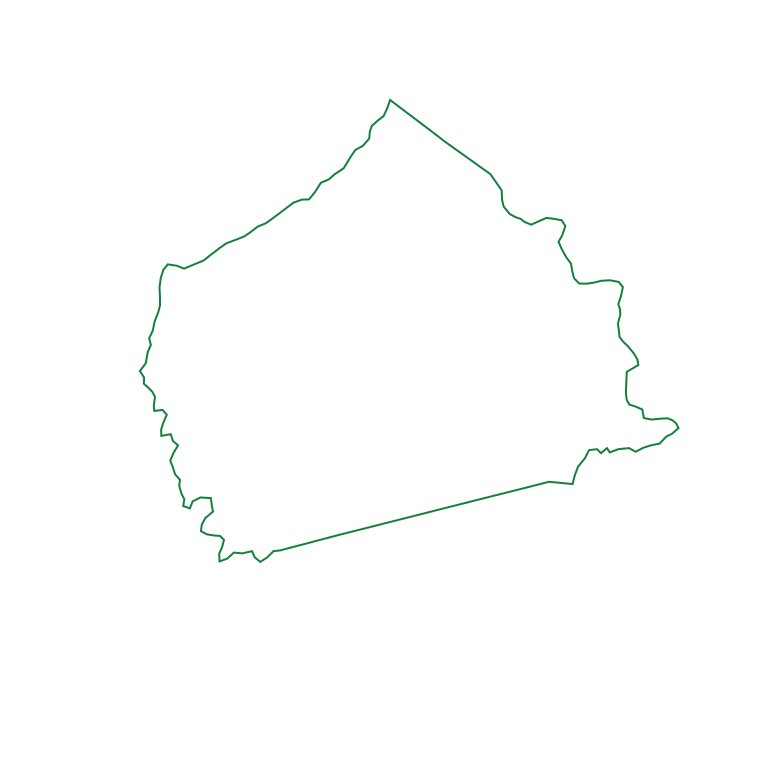 Ibiassucê, Bahia, Brazil, rotated 226°
{"feature_id": "56859067B49243330043485", "entity_name": "Ibiassucê", "entity_type": "district", "adm_level": 2, "iso_a3": "BRA", "parent_name": "Brazil", "parent_adm1": "Bahia", "projection": "equal_earth", "projection_center": [-42.305, -14.281], "detail": "fine", "context": "isolated", "style": "outline", "palette": "green", "viewbox_px": 768, "rotation_deg": 226, "n_neighbors": 0, "source": "geoboundaries", "source_scale": "gbopen_adm2", "svg_char_len": 2254}
<svg xmlns="http://www.w3.org/2000/svg" viewBox="0 0 768 768"><g transform="rotate(226 384 384)"><path d="M525.0,594.9L584.0,585.7L580.1,577.8L577.0,569.9L577.8,562.8L578.1,554.5L575.5,549.3L570.8,543.8L570.0,534.2L572.3,526.0L570.5,517.5L567.2,504.8L569.2,494.1L569.5,486.4L572.6,478.3L570.0,467.6L568.9,458.3L573.6,453.1L577.3,445.0L578.4,436.1L579.4,427.4L580.7,417.5L581.7,410.7L585.0,402.4L586.0,393.2L587.3,385.8L591.5,375.7L594.7,368.4L596.0,360.2L597.3,348.9L598.1,340.2L601.6,331.3L605.9,320.3L612.9,317.2L620.3,311.5L619.4,304.6L615.0,296.6L609.3,289.5L602.9,283.9L596.3,277.7L592.5,271.6L588.4,262.6L583.0,254.7L580.0,246.8L574.1,243.5L571.0,236.1L564.4,227.0L562.9,217.4L555.2,215.9L551.1,211.5L545.3,211.9L539.1,211.9L533.7,210.2L528.2,203.2L524.1,200.1L519.2,206.7L512.8,206.4L509.1,197.7L506.0,192.0L501.4,187.8L496.0,195.7L489.6,192.6L483.0,193.3L480.6,184.6L477.5,177.1L471.0,174.4L464.3,171.0L456.9,170.7L452.9,165.9L445.7,162.1L439.8,160.3L435.7,154.8L429.4,158.0L432.5,164.8L429.9,173.1L422.2,180.2L415.7,175.4L411.0,172.4L411.7,162.4L409.4,155.2L405.3,150.1L398.9,152.1L393.1,156.5L388.7,160.4L383.1,160.7L379.0,154.1L376.5,147.6L370.6,142.5L367.3,150.0L367.0,158.9L360.6,164.4L355.4,173.0L349.2,170.6L342.0,171.4L340.4,179.3L340.5,188.5L336.5,193.6L307.3,245.8L279.3,294.6L249.7,346.4L203.2,427.4L199.1,434.7L181.0,450.2L185.5,457.3L189.7,466.0L191.0,476.9L194.0,485.5L189.1,492.0L183.5,492.0L183.0,499.8L177.9,498.9L174.4,507.2L167.7,515.7L160.4,518.0L158.0,526.3L154.2,533.9L149.6,541.0L150.1,550.4L148.1,556.8L147.7,565.2L152.6,566.8L157.3,566.4L162.4,564.1L167.2,558.5L172.6,551.7L179.0,547.3L186.3,552.1L193.0,549.3L198.7,546.2L204.2,547.7L209.9,552.1L224.1,567.1L221.0,580.2L225.7,583.4L232.9,585.0L241.7,585.7L247.9,585.4L254.3,586.1L258.6,589.6L265.0,594.2L269.8,602.3L274.2,605.9L278.7,608.0L282.3,615.0L287.7,623.1L294.3,623.8L301.5,618.7L307.2,612.2L311.7,604.5L315.7,599.1L320.7,594.2L328.2,594.2L334.9,598.1L340.6,602.1L348.9,603.2L357.6,605.6L365.0,608.3L367.3,615.9L371.7,624.2L378.4,625.5L384.2,621.4L390.6,616.3L393.6,608.3L396.4,600.5L403.0,597.7L407.9,597.0L412.8,594.4L419.1,592.5L428.4,593.3L434.1,596.6L441.6,603.2L461.0,606.3L516.9,596.0L525.0,594.9Z" fill="none" stroke="#15803d" stroke-width="2"/></g></svg>